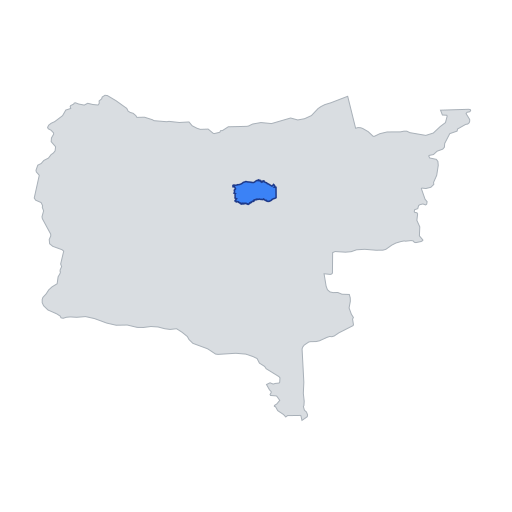 Kibombo, Maniema, Democratic Republic of the Congo shown in context, rotated 268°
{"feature_id": "63176286B11141066261470", "entity_name": "Kibombo", "entity_type": "district", "adm_level": 2, "iso_a3": "COD", "parent_name": "Democratic Republic of the Congo", "parent_adm1": "Maniema", "projection": "equal_earth", "projection_center": [25.538, -4.082], "detail": "fine", "context": "in_parent", "style": "filled", "palette": "blue", "viewbox_px": 512, "rotation_deg": 268, "n_neighbors": 0, "source": "geoboundaries", "source_scale": "gbopen_adm2", "svg_char_len": 8335}
<svg xmlns="http://www.w3.org/2000/svg" viewBox="0 0 512 512"><g transform="rotate(268 256 256)"><path d="M412.4,353.2L380.2,360.0L380.8,362.5L380.5,365.1L379.7,367.1L376.4,372.4L371.5,377.3L371.5,378.5L373.9,384.0L375.4,391.4L375.0,404.6L375.6,408.2L375.5,411.0L373.9,414.1L370.6,429.9L372.7,437.5L379.0,444.7L382.7,450.0L389.0,451.9L390.0,451.6L390.4,447.2L395.3,445.5L395.2,473.7L394.8,475.3L393.9,475.6L392.7,474.7L392.3,472.0L391.0,470.9L385.0,474.3L383.4,474.3L381.7,473.7L380.5,472.2L380.2,470.1L375.9,461.9L373.8,461.3L371.5,453.9L361.9,448.5L358.2,448.1L356.3,446.4L354.4,440.6L351.2,436.9L350.5,432.7L349.9,432.1L347.9,433.0L346.3,439.6L344.1,441.1L340.2,441.3L330.3,439.4L323.3,436.0L321.4,436.2L318.6,433.2L317.5,428.1L318.1,424.2L317.6,423.6L306.9,426.9L304.3,428.9L301.9,428.4L301.1,427.3L302.2,424.6L301.6,421.7L300.8,420.3L297.7,419.3L296.7,416.1L294.7,415.7L294.1,416.1L293.6,418.3L292.4,419.0L286.0,418.0L279.4,420.7L270.4,420.0L266.2,423.3L265.6,423.2L264.7,421.5L263.8,416.2L264.2,414.7L265.6,413.6L266.0,411.5L265.6,405.9L265.9,404.6L265.4,401.4L264.1,396.3L262.2,392.2L258.1,385.9L257.4,383.0L257.6,376.0L258.9,364.9L258.7,356.7L257.0,351.3L256.7,345.6L257.7,335.2L256.7,332.7L236.3,331.8L235.4,331.0L235.0,329.6L235.9,323.4L223.5,325.0L219.8,326.2L217.5,328.7L216.7,331.9L216.7,336.4L214.8,340.6L214.3,347.9L210.9,348.7L207.5,348.7L200.8,347.2L194.4,349.3L191.2,351.2L189.6,350.3L183.8,351.0L183.0,350.5L176.3,336.1L173.3,331.3L172.7,329.0L173.0,326.8L172.1,323.8L169.0,316.4L168.4,312.9L168.5,307.6L168.2,305.7L165.3,301.1L163.5,299.6L161.5,298.8L128.1,299.4L117.1,298.5L109.1,299.1L105.0,298.7L103.9,298.1L100.2,299.0L98.3,301.0L95.4,302.0L93.6,301.6L90.1,296.2L94.8,295.3L95.1,294.8L95.4,282.0L94.1,280.1L96.6,278.0L100.7,272.3L104.6,270.3L105.1,269.1L106.0,269.2L107.4,271.6L110.9,274.7L115.1,271.9L115.5,271.2L116.1,265.7L117.1,265.2L118.9,266.4L120.0,266.4L121.8,264.8L127.2,262.0L128.8,265.6L127.4,268.7L128.0,271.0L128.2,274.5L129.1,275.3L133.4,275.7L134.6,274.8L143.0,262.2L145.3,260.8L148.8,255.7L153.5,253.5L155.6,249.5L158.3,242.4L159.5,232.3L159.0,214.6L159.4,212.2L165.0,204.3L170.9,189.9L174.9,186.1L177.9,184.6L182.5,179.3L186.1,174.0L185.6,167.6L186.5,162.3L188.5,155.6L189.2,148.5L188.5,140.9L188.8,134.8L191.5,125.0L191.7,113.8L194.2,104.4L199.1,92.4L201.4,83.5L201.0,74.7L201.6,68.2L201.4,64.4L200.5,61.1L201.0,59.0L202.8,58.2L205.1,54.9L209.3,46.2L213.7,42.0L216.8,40.7L220.0,40.8L222.1,41.6L225.5,45.0L229.4,47.7L232.3,51.1L235.2,56.3L242.1,57.5L245.1,59.4L246.9,60.1L247.5,59.6L249.0,59.8L252.2,61.4L254.8,60.5L267.6,64.0L269.1,62.3L272.7,53.3L275.4,50.2L279.7,49.9L283.2,51.6L285.0,51.6L300.7,43.8L302.7,43.5L308.5,45.3L312.2,44.1L313.7,44.5L316.9,43.1L319.5,37.7L321.7,36.4L344.2,42.2L347.7,39.4L349.3,39.1L354.4,41.1L355.9,44.5L358.9,47.3L361.1,52.0L364.4,54.7L366.1,57.2L368.1,58.9L372.2,59.5L377.4,55.3L381.1,55.7L384.8,58.0L386.1,58.0L388.9,55.5L390.4,52.8L391.8,52.2L394.0,53.4L395.8,55.9L397.3,59.5L403.0,67.6L408.5,71.0L409.9,76.0L411.8,75.5L412.8,76.0L414.2,79.1L415.2,79.7L415.4,81.0L414.1,84.0L412.8,89.6L414.5,93.1L413.1,98.2L412.4,103.4L414.1,104.7L416.4,104.6L418.5,107.3L420.2,107.8L421.9,110.7L421.5,113.1L416.1,121.5L408.0,132.0L405.3,133.2L403.9,135.2L402.9,138.2L400.5,140.8L398.7,141.8L398.6,149.4L395.8,157.2L394.8,158.8L393.3,171.5L393.6,173.7L392.1,184.0L392.3,193.7L388.4,196.7L385.7,201.5L384.5,204.8L384.5,212.6L380.1,217.5L379.8,218.5L380.9,224.1L382.5,225.0L382.5,226.8L386.1,232.8L385.9,251.1L386.1,252.9L388.0,257.2L389.2,265.6L387.8,276.1L392.7,295.4L390.5,302.5L391.5,309.3L394.4,316.3L401.3,323.3L403.1,326.2L404.9,330.1L406.5,336.1L412.4,353.2Z" fill="#d9dde1" stroke="#a8b0b8" stroke-width="1"/><path d="M311.8,237.0L311.9,237.7L311.8,237.8L311.6,237.9L311.5,237.7L311.2,237.7L311.0,237.8L310.8,238.0L310.7,238.4L310.8,238.5L311.1,238.5L311.0,238.8L310.9,239.0L311.0,239.3L310.9,239.7L310.9,240.1L310.8,240.3L310.3,240.3L310.2,240.4L310.0,241.4L309.9,241.5L309.7,241.5L309.6,242.0L309.5,242.3L309.0,242.2L308.6,242.7L308.6,242.9L308.9,243.1L309.0,243.4L309.0,243.7L309.2,244.0L308.9,244.2L308.9,244.5L308.8,244.4L308.6,244.3L308.7,244.7L308.5,244.9L308.6,245.0L308.6,245.3L308.6,245.5L308.8,245.5L308.7,245.7L308.8,245.9L308.7,246.2L308.7,246.3L308.9,246.3L308.8,246.5L309.0,246.6L309.0,246.8L308.8,246.8L308.8,247.0L309.1,247.0L309.1,247.3L309.0,247.5L309.0,248.0L308.7,248.1L308.6,248.3L308.5,248.5L308.5,248.8L308.3,248.8L308.2,248.9L308.2,249.0L308.4,249.0L308.4,249.3L308.2,249.4L308.1,249.8L308.0,249.7L307.9,249.7L307.8,249.9L307.9,250.1L308.0,250.3L308.1,250.6L308.3,250.7L308.4,250.9L308.6,250.9L308.7,251.0L308.7,251.3L309.0,251.4L309.4,251.6L309.4,251.8L309.3,251.7L309.2,251.7L309.1,251.9L309.1,252.1L309.4,252.4L309.5,252.9L309.6,253.1L309.8,253.1L309.9,252.8L310.0,252.8L310.1,253.1L310.0,253.5L310.3,253.7L310.6,254.1L310.6,254.3L310.8,254.3L310.9,254.5L310.7,255.2L310.7,255.3L310.9,255.3L310.9,255.5L311.1,255.5L311.2,256.0L311.3,256.1L311.5,256.1L311.6,255.8L311.6,255.7L311.9,255.8L312.0,256.1L312.2,256.3L312.2,256.5L312.1,257.4L312.1,257.6L312.4,257.6L312.5,257.7L312.6,257.9L312.5,258.1L312.4,258.3L312.3,258.7L312.8,259.0L312.6,259.3L312.7,259.6L312.7,259.8L312.5,260.0L312.6,260.4L312.7,260.7L312.6,260.9L312.8,261.3L312.8,261.6L312.4,262.3L312.4,262.9L312.4,263.4L312.4,263.6L312.1,264.1L312.2,264.5L312.4,264.8L312.4,265.1L312.7,265.4L312.6,265.5L312.6,265.8L312.3,266.1L312.2,266.1L312.1,266.3L311.9,266.3L311.9,266.6L311.3,267.2L311.3,267.4L311.2,267.5L311.3,267.7L311.3,267.8L311.1,267.8L311.1,268.2L311.1,268.3L310.9,268.3L310.7,268.7L310.4,268.8L310.4,269.0L310.3,269.4L310.2,269.5L310.1,269.9L310.2,270.1L310.1,270.5L310.2,270.8L310.3,271.1L310.2,271.2L310.2,271.3L310.3,271.5L310.5,271.8L310.6,272.1L310.7,272.3L310.7,272.5L311.0,273.0L311.4,273.5L311.5,273.6L311.6,273.8L311.8,273.8L312.1,274.2L312.1,274.4L312.2,274.6L312.3,274.9L312.7,275.5L312.8,275.9L312.8,276.3L312.8,276.5L313.0,276.8L313.1,277.1L313.2,277.4L313.3,277.7L313.6,278.1L324.0,278.4L324.2,277.8L324.0,277.3L324.2,276.6L324.8,277.4L325.1,277.3L325.2,277.2L325.5,277.1L325.9,276.9L326.0,276.8L326.3,276.7L326.4,276.4L326.6,276.2L326.9,276.0L326.5,275.6L326.0,275.3L325.3,274.4L325.6,273.8L326.0,273.3L326.3,272.7L326.6,272.4L326.7,272.2L326.8,272.0L327.0,271.8L327.0,271.7L327.6,270.9L327.7,270.3L328.0,269.9L328.0,269.7L328.3,269.5L328.6,269.3L328.8,269.2L328.9,268.8L329.0,268.6L329.1,268.2L329.5,267.4L329.8,267.2L329.9,266.9L330.0,266.7L330.4,266.5L330.5,266.2L330.7,266.3L330.7,266.1L330.8,266.1L330.8,265.9L330.7,265.8L330.7,265.7L330.3,265.6L330.3,265.8L330.2,265.9L330.2,265.7L330.0,265.4L330.3,265.3L330.3,265.2L330.2,265.1L330.3,265.0L330.2,264.9L330.2,264.7L330.1,264.4L330.0,264.5L329.9,264.6L329.8,264.4L329.7,264.3L329.9,264.2L330.0,264.1L330.3,263.9L330.2,263.9L330.1,264.0L330.0,263.7L330.3,263.4L330.5,263.3L330.5,263.2L330.8,263.0L330.9,262.8L330.7,262.7L330.8,262.6L331.0,262.5L331.0,262.4L331.1,262.2L331.1,261.9L331.1,262.0L331.3,261.8L331.5,261.7L331.4,261.5L331.7,261.5L331.7,261.4L331.8,261.4L331.7,261.2L331.7,261.3L331.7,261.2L331.9,261.0L331.7,260.8L331.4,260.7L331.5,260.3L331.4,260.3L331.4,260.1L331.3,259.9L331.4,259.7L331.3,259.4L331.4,259.5L331.4,259.4L331.3,259.1L331.2,258.9L330.6,258.0L330.0,257.2L329.7,256.6L329.5,256.0L329.5,255.6L329.6,255.2L329.6,254.8L329.7,254.3L329.7,254.1L329.8,254.1L329.9,253.8L329.9,253.7L329.9,253.4L330.0,253.2L330.0,252.8L330.1,252.3L330.2,251.7L330.3,250.3L330.7,248.9L330.8,248.5L330.7,248.1L330.4,247.5L330.2,246.5L330.0,245.8L329.8,245.5L329.4,245.2L328.9,244.3L328.7,243.9L328.5,243.5L328.3,243.0L328.1,242.4L328.0,241.8L327.9,241.4L327.9,240.9L327.9,239.8L327.5,239.4L327.5,238.5L327.4,237.9L327.4,237.6L327.7,236.6L327.6,235.7L327.3,235.4L326.0,235.4L326.0,235.5L325.9,235.7L325.9,235.8L325.9,236.0L326.0,236.0L326.2,236.3L326.0,236.6L326.0,236.8L325.8,236.8L325.7,237.0L324.9,237.5L324.6,237.6L324.3,237.8L324.1,237.8L323.9,237.9L323.6,237.8L323.6,237.7L323.8,237.6L323.5,237.6L323.3,237.4L323.3,237.2L323.0,237.1L322.8,236.7L322.6,236.6L322.1,236.6L321.9,236.8L321.3,236.8L321.0,236.8L320.9,236.7L320.3,236.6L320.0,236.5L319.9,236.4L319.6,236.2L319.1,237.6L318.9,237.4L317.9,237.2L317.1,237.2L315.7,237.2L314.7,237.0L314.1,238.1L313.9,238.6L313.6,238.3L313.2,238.0L312.8,237.6L312.5,237.4L312.2,237.0L311.8,237.0Z" fill="#3b82f6" stroke="#1e3a8a" stroke-width="1.5"/></g></svg>